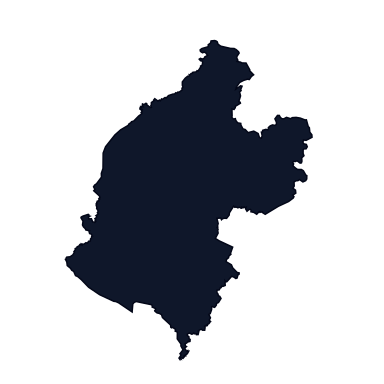 Nong Phai, Phetchabun, Thailand (Albers equal-area conic projection), rotated 128°
{"feature_id": "78962969B28403157938028", "entity_name": "Nong Phai", "entity_type": "district", "adm_level": 2, "iso_a3": "THA", "parent_name": "Thailand", "parent_adm1": "Phetchabun", "projection": "albers", "projection_center": [101.184, 16.029], "detail": "fine", "context": "isolated", "style": "filled", "palette": "ink", "viewbox_px": 384, "rotation_deg": 128, "n_neighbors": 0, "source": "geoboundaries", "source_scale": "gbopen_adm2", "svg_char_len": 6019}
<svg xmlns="http://www.w3.org/2000/svg" viewBox="0 0 384 384"><g transform="rotate(128 192 192)"><path d="M323.1,250.0L324.2,247.6L326.8,245.0L326.9,240.8L327.7,238.6L327.4,236.3L329.6,232.3L329.0,230.1L329.2,225.3L330.7,214.8L329.8,201.6L326.3,186.4L325.2,184.5L324.5,181.6L323.4,165.3L316.7,169.7L314.7,169.6L312.7,168.6L305.7,154.4L306.2,153.1L307.2,152.6L306.3,149.0L307.1,148.3L308.5,148.3L308.8,147.7L308.8,145.1L307.8,143.0L307.4,140.5L309.1,138.0L310.0,127.0L311.6,125.5L311.7,124.6L310.6,123.8L310.4,121.0L310.7,120.2L312.0,119.6L311.5,117.9L311.8,117.0L316.8,113.2L318.6,107.1L320.2,105.9L321.9,101.9L326.9,101.9L326.9,100.7L327.6,100.2L330.9,100.0L331.4,98.4L330.6,98.7L330.4,97.9L329.9,98.8L329.0,98.0L328.7,96.7L326.6,96.6L326.2,97.4L325.0,97.0L325.4,96.5L324.9,96.0L324.2,96.8L322.4,96.1L319.5,96.6L320.1,97.2L319.6,97.7L320.8,98.1L319.6,101.7L317.2,101.2L317.4,102.4L315.9,104.0L314.2,103.2L311.9,103.2L312.2,102.5L311.0,101.6L309.3,102.7L309.4,104.2L308.0,105.2L307.9,107.4L306.7,108.2L304.8,107.3L304.2,104.6L303.1,103.9L302.0,103.9L302.1,102.5L300.9,101.1L301.6,100.6L300.6,99.4L297.4,100.9L297.6,101.4L295.9,101.1L294.3,100.0L294.5,98.7L293.1,96.9L290.8,98.2L290.0,99.4L288.3,98.0L287.9,98.5L287.5,97.8L286.4,98.3L285.7,97.7L283.9,97.6L283.4,98.2L282.7,97.7L282.3,99.5L279.8,100.0L278.1,103.4L276.6,102.8L272.7,104.1L270.2,105.9L269.7,105.6L269.2,103.4L268.5,103.1L266.1,103.2L264.8,104.1L262.8,103.1L258.0,103.6L257.1,106.0L257.6,107.3L256.4,108.7L255.9,110.5L254.0,111.9L252.4,110.3L250.1,110.7L249.4,110.2L248.0,110.7L247.4,109.6L245.2,108.3L241.7,111.4L241.9,110.6L241.3,110.0L241.7,109.7L241.2,109.3L234.0,108.8L233.3,106.6L233.2,104.2L232.0,103.5L229.3,104.7L227.7,104.3L226.7,105.1L227.6,106.9L226.7,113.3L225.1,116.1L225.9,122.3L223.9,123.3L221.3,122.7L220.0,123.5L217.1,123.0L216.6,123.9L210.4,126.0L213.7,140.3L214.2,145.0L208.3,146.1L206.6,148.0L205.3,148.5L204.5,150.4L203.8,150.0L203.0,151.0L200.7,152.0L197.4,156.2L194.8,153.3L195.7,151.7L194.3,151.5L192.7,150.3L191.5,148.5L187.3,148.5L185.4,149.7L177.5,150.5L177.8,149.2L177.0,149.0L177.2,148.4L176.5,147.5L176.3,146.2L174.5,144.9L174.6,143.3L174.0,142.8L173.2,143.4L172.7,141.8L171.6,141.7L171.6,140.3L170.9,140.0L172.2,139.6L173.3,136.8L170.8,136.3L169.8,135.4L170.0,134.1L171.3,133.4L170.0,130.7L169.7,127.3L166.1,127.0L166.2,126.1L165.5,126.2L165.5,125.3L164.3,124.2L164.8,123.6L164.5,120.6L150.0,115.1L140.0,110.0L134.4,108.5L132.9,108.8L132.5,110.7L129.0,109.5L126.8,111.6L126.9,114.8L124.4,115.1L121.4,117.7L119.3,117.1L117.8,115.5L116.0,114.9L115.8,110.8L113.1,109.4L111.1,109.6L108.4,111.6L108.6,112.7L106.7,117.3L106.9,119.6L109.3,122.8L109.4,125.3L109.2,128.6L107.3,129.2L107.0,130.8L105.2,130.7L104.5,129.4L103.1,128.7L102.7,127.8L102.7,124.6L101.7,123.7L100.1,124.3L97.5,126.6L94.5,126.1L93.2,128.2L90.2,130.5L89.1,130.3L87.8,128.7L85.4,129.0L84.1,131.2L85.3,133.8L84.2,135.7L83.1,135.6L82.3,136.2L81.1,133.9L75.0,131.1L73.1,132.8L72.3,136.0L69.1,139.1L68.8,140.8L64.7,146.3L65.6,147.3L67.1,152.2L69.1,155.9L71.7,158.8L73.5,159.4L75.0,163.5L77.8,164.7L78.9,166.2L78.8,168.3L77.9,170.4L79.0,171.8L83.3,171.7L85.0,168.5L86.8,167.1L88.4,167.6L89.6,169.9L91.8,171.1L94.2,171.5L95.1,170.7L96.3,170.5L97.2,172.4L99.9,174.3L101.2,173.4L102.1,174.2L104.4,171.4L106.9,170.4L107.4,171.1L107.3,172.8L105.2,175.9L106.0,180.8L110.7,184.4L110.0,188.5L110.9,190.7L109.1,194.7L107.9,195.8L109.4,198.6L108.6,201.6L107.5,203.0L109.0,204.2L108.7,206.6L107.4,207.2L101.9,211.7L101.1,209.7L98.9,209.8L97.9,210.6L92.2,208.5L91.6,209.3L91.9,210.8L86.4,212.9L83.8,216.2L81.9,215.7L81.3,216.7L77.8,217.7L78.4,219.1L84.1,220.8L82.0,221.6L76.4,221.9L72.2,220.0L68.9,217.7L68.1,216.1L64.4,216.3L61.7,215.6L60.9,221.3L60.2,221.6L57.1,228.8L59.7,232.3L59.7,233.5L61.4,236.9L59.9,237.0L58.9,239.1L57.8,240.0L53.5,240.4L52.8,241.7L52.6,244.9L53.0,247.2L55.1,250.0L59.4,259.2L59.5,262.5L58.1,264.6L58.1,265.7L58.7,267.4L61.2,270.0L63.2,269.1L66.0,269.9L67.4,268.6L72.8,272.5L74.9,273.1L75.8,272.3L76.0,271.1L75.8,269.4L74.3,268.5L73.9,266.9L74.7,263.8L77.7,265.1L79.4,264.7L81.0,265.9L81.4,267.6L82.9,268.1L83.3,266.1L82.5,264.3L83.7,263.1L86.2,262.0L87.4,262.8L88.3,262.1L93.0,261.7L93.3,262.7L94.9,262.7L96.7,264.6L97.5,265.2L98.2,264.7L99.3,265.7L101.3,265.8L101.4,266.3L102.1,265.6L103.0,265.8L103.4,266.7L106.5,267.4L111.2,267.4L113.9,265.3L114.8,263.7L116.4,263.8L117.6,262.6L121.6,263.7L121.8,264.6L123.5,264.9L123.8,265.9L125.7,266.1L126.4,267.2L130.5,269.9L133.8,270.2L134.1,271.4L137.3,272.4L137.4,273.3L139.6,273.1L139.6,274.3L141.3,274.8L141.4,278.8L143.1,278.8L143.3,278.1L146.5,279.1L148.4,277.7L149.3,277.6L150.3,276.1L151.1,276.9L151.1,281.6L150.4,281.8L150.4,282.9L152.7,283.7L153.1,285.2L154.3,284.5L154.9,283.0L156.1,284.9L156.7,284.0L157.3,284.9L158.7,284.2L158.6,282.6L157.8,282.5L157.7,281.9L158.9,281.8L159.4,280.7L160.6,281.1L161.2,279.7L164.8,280.8L172.0,281.6L173.9,283.0L174.5,282.7L177.2,283.6L178.8,283.3L186.9,286.5L194.5,287.9L209.5,288.0L216.0,286.0L228.3,276.6L233.2,274.9L236.0,272.5L244.3,272.3L246.5,273.0L248.5,272.8L249.7,270.1L251.5,270.2L252.1,262.5L253.2,261.0L254.4,261.4L254.6,260.4L255.6,260.6L256.6,259.9L257.4,261.0L258.9,260.6L259.0,260.1L260.3,260.2L260.4,259.5L261.3,259.5L262.6,257.6L263.7,257.0L264.7,254.1L266.6,253.8L266.6,253.0L267.4,252.5L269.8,253.1L269.7,252.2L270.8,251.5L272.7,252.1L273.0,251.0L273.9,251.0L274.4,249.7L275.7,249.8L275.5,250.2L276.8,251.6L275.0,254.8L276.8,256.9L275.2,258.2L273.9,257.6L274.4,258.9L273.5,259.2L273.5,260.0L278.1,263.1L280.0,263.9L280.7,263.6L282.1,259.9L285.4,258.0L286.3,256.1L286.6,253.4L287.3,252.4L285.7,248.8L286.6,248.7L287.8,247.1L287.2,245.7L288.0,243.3L288.8,243.7L290.2,242.9L291.4,243.1L293.3,241.9L294.5,243.2L296.6,242.9L297.3,244.4L299.7,245.0L300.4,246.2L301.1,246.0L301.1,247.0L301.6,246.6L301.5,247.5L302.3,247.4L302.5,248.0L304.3,247.9L305.9,248.8L306.9,248.4L308.5,249.2L309.0,248.5L311.7,248.3L311.7,247.6L315.0,247.2L318.1,248.2L320.4,250.6L321.8,250.5L322.7,249.5L323.1,250.0Z" fill="#0f172a" stroke="#020617" stroke-width="1.5"/></g></svg>